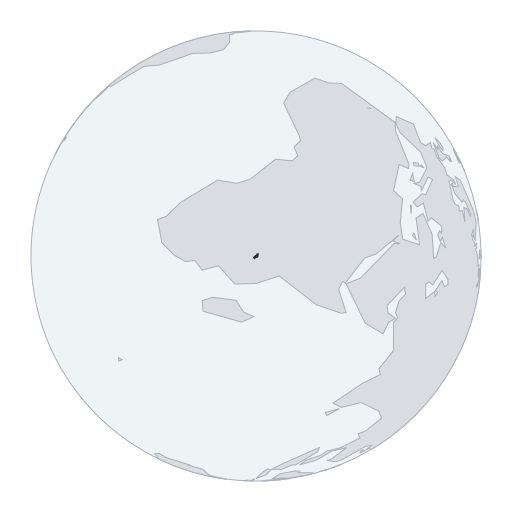 Chitipa on an orthographic globe, rotated 83°
{"feature_id": "MWI-1873", "entity_name": "Chitipa", "entity_type": "District", "adm_level": 1, "iso_a3": "MWI", "parent_name": "Malawi", "parent_adm1": "", "projection": "orthographic", "projection_center": [33.389, -9.977], "detail": "fine", "context": "on_globe", "style": "filled", "palette": "slate", "viewbox_px": 512, "rotation_deg": 83, "n_neighbors": 0, "source": "natural_earth", "source_scale": "10m", "svg_char_len": 6430}
<svg xmlns="http://www.w3.org/2000/svg" viewBox="0 0 512 512"><g transform="rotate(83 256 256)"><circle cx="256" cy="256" r="225" fill="#eef3f6" stroke="#a8b0b8"/><path d="M31.8,234.0L32.3,236.1L32.3,244.8L31.9,251.1L32.9,251.5L33.0,255.3L40.4,256.0L47.2,263.0L48.9,276.6L47.2,294.4L54.8,329.1L54.1,343.8L60.1,357.9L70.3,379.8L69.1,380.8L75.9,389.3L80.4,396.2L81.4,398.1L87.0,404.8L88.0,406.1L91.3,409.5L99.8,418.3L88.0,406.1L77.2,393.1L67.4,379.3L58.7,364.7L51.1,349.6L44.6,334.0L39.4,317.9L35.3,301.4L32.6,284.7L31.0,267.8L30.8,250.9L31.8,234.0ZM102.0,420.4L107.7,425.5L116.4,432.8L102.0,420.4ZM117.1,433.3L121.2,436.4L121.7,436.8L122.4,437.4L117.1,433.3ZM126.6,440.4L122.3,437.3L127.2,440.4L131.3,443.5L129.3,442.3L126.6,440.4ZM117.3,432.4L114.6,429.5L115.9,430.2L118.1,432.5L117.3,432.4ZM458.8,157.8L461.9,165.4L460.7,167.1L461.9,170.7L458.3,164.6L458.2,170.0L468.6,195.3L469.9,201.8L467.6,210.7L466.7,205.7L457.3,189.5L458.9,204.6L466.1,221.1L468.7,238.2L464.6,230.7L461.6,215.7L458.2,209.5L456.7,196.0L449.3,174.9L445.0,176.4L443.0,168.6L432.2,151.1L424.7,153.1L414.3,169.6L416.7,189.7L411.4,197.5L395.6,166.2L388.7,147.0L382.9,147.8L366.8,131.2L338.6,127.5L334.7,122.8L329.3,124.5L318.0,119.5L312.1,112.2L305.1,112.4L321.0,131.9L328.4,132.0L334.8,125.2L337.8,132.3L348.7,139.4L336.2,155.7L294.5,170.0L290.7,155.1L260.3,117.2L261.4,113.2L261.2,112.8L260.9,112.0L257.9,118.5L252.7,111.7L268.7,136.8L271.2,148.3L293.9,170.8L291.7,173.2L299.1,178.1L323.1,173.4L323.2,178.5L311.7,202.0L278.7,235.4L283.3,259.4L281.3,280.3L261.2,294.4L263.4,311.1L253.1,317.2L252.8,326.8L244.8,337.4L231.3,347.8L207.7,349.3L205.8,340.4L193.4,324.0L176.0,284.9L181.5,266.4L179.3,252.8L162.3,224.8L166.0,208.4L161.5,202.3L152.3,205.0L147.2,197.9L141.7,198.4L107.6,209.9L97.6,202.1L86.6,175.8L93.1,163.0L95.0,150.2L140.2,101.8L148.9,102.2L183.5,93.0L187.7,93.9L182.7,102.8L207.9,111.5L217.1,103.6L240.9,108.8L257.3,108.4L264.7,92.3L237.9,92.4L234.1,85.1L256.4,78.5L280.0,80.0L279.2,77.3L265.1,71.0L271.3,66.7L260.3,68.7L264.2,71.3L257.4,73.0L253.4,70.8L255.8,69.1L248.9,68.0L239.5,77.3L242.4,80.9L223.9,83.4L227.0,90.0L221.7,93.5L214.5,83.7L215.8,80.1L201.6,71.5L198.5,75.4L211.7,84.1L207.2,83.6L203.2,90.1L202.8,84.8L189.2,75.5L173.0,79.9L151.0,98.0L141.8,101.1L134.7,99.8L144.1,83.7L163.6,78.8L167.2,74.0L164.5,69.0L170.6,68.3L171.9,66.0L179.4,64.5L191.1,58.0L198.8,56.6L204.6,50.5L209.4,49.2L204.6,53.0L205.4,55.3L224.9,53.5L229.0,52.0L231.2,48.5L236.3,48.9L235.9,45.8L247.6,44.4L233.0,43.8L235.1,40.7L242.8,38.5L240.9,37.6L228.4,41.5L225.7,43.3L227.7,44.9L218.2,51.1L211.3,52.7L211.2,46.6L201.4,48.6L205.7,44.0L236.9,34.7L249.4,33.4L267.5,36.3L264.0,37.5L255.7,36.8L262.3,39.7L262.3,38.3L266.5,39.0L269.6,37.2L272.7,37.6L270.4,35.4L274.6,35.8L276.0,37.2L284.2,35.9L293.3,37.0L293.6,36.5L291.4,35.7L304.4,38.2L304.0,37.9L299.7,36.8L296.2,35.6L295.1,34.6L299.7,35.5L300.7,36.0L309.6,38.7L311.6,40.4L313.3,40.8L312.7,39.6L301.8,36.1L299.9,35.4L305.6,36.8L303.4,36.2L303.8,36.1L308.5,37.1L302.5,35.6L302.3,35.5L317.7,39.3L332.7,44.2L347.4,50.1L361.6,57.0L375.3,64.9L388.4,73.8L400.9,83.5L412.6,94.1L423.6,105.5L433.8,117.6L443.0,130.4L451.4,143.9L458.8,157.8ZM123.8,123.6L122.4,127.3L123.8,123.6ZM304.6,90.9L318.9,92.7L312.9,83.0L317.9,83.1L314.1,80.0L312.4,82.3L303.0,74.4L309.3,72.5L307.8,69.0L302.9,68.3L292.9,73.1L306.3,84.1L302.8,87.6L304.6,90.9ZM171.6,57.1L173.7,57.7L170.2,60.4L160.4,64.1L165.3,60.0L171.6,57.1ZM177.5,58.0L180.2,52.1L186.4,50.2L182.5,52.1L186.3,51.5L181.0,54.6L184.3,59.3L181.5,62.2L164.8,66.3L171.8,63.1L169.3,62.4L177.5,58.0ZM176.1,46.3L177.4,45.3L189.2,42.1L186.7,43.5L176.7,46.7L173.9,47.1L176.1,46.3ZM199.9,37.8L199.1,38.0L198.6,38.2L199.9,37.8ZM197.1,38.5L194.8,39.3L194.6,39.3L197.1,38.5ZM193.1,39.7L190.2,40.6L192.7,39.9L182.2,43.2L193.1,39.7ZM193.0,90.3L196.3,90.3L201.7,89.5L199.3,93.9L193.0,90.3ZM183.5,83.9L186.6,83.0L185.8,88.1L182.3,88.4L183.5,83.9ZM189.0,78.6L186.8,82.6L185.9,80.6L189.0,78.6ZM207.5,52.3L210.9,51.5L211.0,52.3L208.8,53.7L207.5,52.3ZM245.7,31.0L247.1,30.9L241.6,31.4L239.5,31.5L240.6,31.3L240.3,31.3L245.7,31.0ZM259.8,94.9L254.7,98.0L252.4,96.5L254.6,95.7L259.8,94.9ZM225.2,95.3L232.8,97.0L224.5,96.5L225.2,95.3ZM246.7,31.1L246.0,31.0L248.9,31.0L246.7,31.1ZM342.6,401.5L343.5,405.1L340.2,404.8L342.6,401.5ZM319.9,278.3L304.4,315.2L293.7,315.0L291.8,303.7L297.5,281.2L309.9,275.3L316.0,265.6L319.9,278.3ZM477.5,289.9L477.6,292.7L477.5,293.6L477.5,289.9ZM477.5,284.4L478.1,286.7L477.0,286.4L477.5,284.4ZM478.2,287.7L478.8,287.7L479.0,286.9L478.7,288.9L478.2,287.7ZM476.9,283.1L471.5,275.9L468.7,270.5L469.9,267.2L474.4,272.5L476.9,283.1ZM469.6,266.9L464.6,252.2L453.8,216.5L457.8,218.7L468.3,242.5L467.7,245.4L470.8,256.3L469.6,266.9ZM479.6,257.1L478.9,266.6L476.5,261.8L475.1,258.5L474.2,244.7L474.7,239.0L476.1,240.6L478.3,225.0L479.7,232.2L479.7,239.4L480.6,249.5L479.6,257.1ZM417.7,191.8L423.0,205.1L419.8,206.4L417.7,191.8ZM477.0,212.9L477.6,219.5L476.4,209.7L477.0,212.9ZM475.9,207.3L474.8,202.3L474.9,202.8L475.9,207.3ZM463.9,176.6L462.6,176.2L461.5,173.0L462.5,171.8L463.9,176.6ZM286.6,32.9L281.8,32.8L281.6,33.6L286.4,34.8L277.6,33.5L278.0,32.3L286.6,32.9ZM445.8,377.3L439.6,380.5L440.4,376.0L445.0,369.9L455.2,347.6L455.4,348.7L461.2,334.8L467.9,329.1L474.2,312.1L474.1,312.4L469.0,329.4L462.5,346.0L454.8,362.0L445.8,377.3ZM478.1,293.7L477.7,295.5L478.3,292.3L478.1,293.7ZM481.2,252.2L480.9,252.9L481.0,259.8L481.3,258.4L481.0,262.1L480.5,274.0L480.2,277.3L480.8,264.5L479.9,275.4L479.7,274.1L480.3,263.7L480.8,253.0L481.0,249.2L481.2,250.5L481.2,252.2ZM479.4,227.1L479.4,226.9L479.4,227.1ZM474.6,201.6L474.5,201.0L473.2,196.1L474.6,201.6Z" fill="#d9dde1" stroke="#a8b0b8" stroke-width="1"/><path d="M254.2,254.1L254.2,253.8L254.2,253.7L254.3,253.7L254.5,253.7L254.7,253.9L254.9,254.1L255.0,254.1L255.3,254.1L255.5,254.1L255.9,254.2L255.9,254.3L256.0,254.5L256.4,254.6L256.5,254.6L256.8,254.5L257.0,254.6L257.1,254.8L257.1,255.0L257.2,255.3L256.9,255.4L256.9,255.5L256.7,255.6L256.5,255.8L256.4,255.8L256.4,256.0L256.5,256.0L256.9,256.3L257.0,256.4L257.3,256.5L258.2,257.9L257.2,258.3L257.1,258.2L256.9,258.0L256.8,257.9L256.7,257.7L256.6,257.4L256.6,257.1L256.5,256.9L256.4,256.9L256.2,256.7L255.7,256.4L255.7,256.2L255.8,256.0L255.9,255.8L255.9,255.7L255.8,255.4L255.7,255.3L255.5,255.2L255.4,255.1L255.3,254.9L255.3,254.7L255.2,254.5L254.9,254.5L254.8,254.8L254.7,254.7L254.4,254.6L254.5,254.2L254.4,254.1L254.2,254.1Z" fill="#64748b" stroke="#1e293b" stroke-width="1.5"/></g></svg>